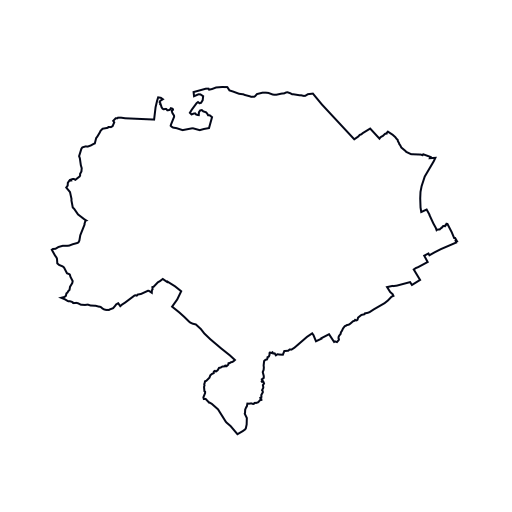 the district of Parjol, Bacau, Romania, rotated 261°
{"feature_id": "2599482B60535260634621", "entity_name": "Parjol", "entity_type": "district", "adm_level": 2, "iso_a3": "ROU", "parent_name": "Romania", "parent_adm1": "Bacau", "projection": "albers", "projection_center": [26.599, 46.592], "detail": "fine", "context": "isolated", "style": "outline", "palette": "ink", "viewbox_px": 512, "rotation_deg": 261, "n_neighbors": 0, "source": "geoboundaries", "source_scale": "gbopen_adm2", "svg_char_len": 6061}
<svg xmlns="http://www.w3.org/2000/svg" viewBox="0 0 512 512"><g transform="rotate(261 256 256)"><path d="M354.4,409.9L358.2,405.7L357.1,404.3L356.5,404.2L356.5,402.6L354.7,400.0L354.3,398.6L353.7,397.4L352.6,396.3L364.0,388.7L360.7,380.7L359.7,379.1L359.4,377.4L358.0,375.7L355.9,371.3L395.3,344.8L407.5,337.6L407.7,332.6L406.5,329.7L406.7,328.0L407.7,325.7L407.8,324.6L409.9,318.2L410.1,317.0L411.4,315.3L412.8,312.7L412.8,311.3L412.2,309.2L412.4,306.7L412.1,301.5L412.4,299.3L412.9,297.7L415.1,293.8L415.8,291.2L416.3,288.1L415.8,282.3L414.0,280.1L413.6,279.2L414.0,276.1L414.7,274.9L417.0,269.7L417.6,269.0L418.9,264.6L422.0,259.1L423.7,255.7L427.3,254.1L428.2,249.1L428.7,243.0L427.8,238.7L427.6,235.7L428.7,235.3L429.1,232.7L427.7,220.0L423.5,219.8L424.7,224.5L424.3,226.4L422.1,228.8L418.2,227.7L415.9,225.7L415.7,224.1L417.1,222.8L416.3,221.3L410.7,215.6L407.8,213.1L405.9,214.5L406.4,216.7L406.4,218.2L405.1,219.0L404.3,220.7L404.1,221.5L406.9,222.1L408.5,223.6L408.6,225.3L407.1,226.5L405.8,229.1L404.2,230.1L402.5,230.7L402.2,232.3L400.0,234.3L389.7,229.6L389.6,224.5L389.1,220.1L392.0,213.7L392.1,212.6L391.8,203.2L394.7,197.5L395.8,194.2L397.0,192.8L398.0,192.1L399.3,192.7L406.3,196.9L407.5,197.0L410.3,195.8L412.2,195.5L412.7,195.6L413.4,196.9L414.0,196.9L414.7,196.3L415.3,195.0L414.1,194.0L413.8,193.4L413.7,191.6L413.8,191.2L415.2,190.4L415.4,189.8L415.4,187.6L416.2,186.7L417.7,186.0L420.1,185.7L420.8,185.1L421.8,185.5L422.7,184.9L423.2,184.9L424.3,185.8L425.4,188.5L427.1,186.8L428.0,184.2L424.8,182.6L418.7,180.1L406.7,176.7L412.5,148.3L413.8,144.2L414.2,141.3L413.7,140.6L414.0,139.0L411.8,136.1L410.2,136.9L406.7,134.7L406.0,132.9L406.5,130.4L405.8,129.6L405.7,124.4L404.0,122.1L402.4,121.0L398.7,117.9L397.5,116.6L392.4,114.4L392.1,113.1L391.0,110.1L390.4,106.9L390.9,104.9L390.5,101.9L390.3,101.3L389.2,100.3L382.3,96.9L380.1,97.3L373.0,97.2L370.0,97.6L366.8,96.8L364.6,95.1L363.1,94.9L362.2,94.3L359.5,89.5L360.6,88.1L360.7,86.9L360.3,84.6L359.5,85.0L359.5,83.3L357.7,81.6L355.0,81.0L353.3,79.3L348.2,82.3L341.2,82.7L339.8,82.4L332.6,82.6L331.0,83.8L324.9,86.7L319.4,91.9L317.7,93.8L317.6,93.1L314.5,91.6L313.9,91.6L304.0,85.7L299.0,84.0L297.7,83.2L297.1,82.5L296.8,81.5L296.3,76.9L295.5,73.1L295.6,71.2L296.3,66.7L295.8,62.3L294.5,59.1L294.7,56.5L294.1,55.3L288.1,57.5L285.7,58.7L284.4,59.0L279.8,58.6L278.0,60.1L276.1,63.2L275.2,64.2L274.3,64.7L268.5,66.6L267.3,68.7L266.8,69.2L264.4,69.5L259.9,71.0L258.0,70.3L254.7,67.5L251.7,66.5L250.6,65.0L249.4,64.1L248.7,62.9L246.4,62.0L245.5,60.4L245.2,57.1L243.1,60.5L241.0,63.0L240.5,64.0L240.5,65.0L239.6,66.8L239.0,67.7L238.4,67.8L238.0,68.5L237.8,71.3L237.1,72.9L235.3,75.4L234.4,79.4L234.3,82.3L233.0,84.8L231.9,89.9L230.5,93.0L230.4,93.8L229.5,95.1L228.3,96.0L227.0,97.6L226.2,99.5L225.7,102.3L226.1,103.2L226.8,106.7L229.0,109.3L230.0,110.2L230.9,112.5L227.7,114.1L229.0,116.1L230.4,119.3L235.9,129.7L236.1,130.6L235.5,132.0L235.7,132.4L236.4,133.0L236.5,136.5L238.6,144.0L238.2,144.9L236.0,147.3L238.5,147.8L239.2,148.6L241.5,148.8L241.6,150.0L245.4,155.0L246.2,157.2L247.9,160.3L244.2,164.2L244.6,164.5L238.8,171.2L232.9,176.6L225.4,171.4L219.1,165.2L212.4,171.3L207.1,175.6L201.7,179.6L200.5,180.7L199.1,182.8L197.8,185.9L192.5,190.1L187.6,192.8L181.0,197.8L170.2,207.1L161.9,214.7L156.6,218.9L155.5,217.2L155.0,215.8L155.0,214.7L154.4,213.4L154.4,212.1L153.0,211.6L151.7,209.6L151.8,208.9L152.5,208.9L152.6,208.5L151.9,207.3L152.1,205.5L151.3,203.6L151.3,202.0L149.2,200.3L148.3,198.7L148.2,198.4L148.5,198.1L148.6,197.7L149.0,197.4L148.9,197.0L148.3,196.2L146.9,195.9L146.4,194.0L145.3,192.2L143.1,191.0L140.5,187.4L140.2,186.0L138.7,185.5L137.5,184.8L136.3,184.9L134.8,184.2L130.5,183.9L129.9,184.5L128.6,184.3L124.6,181.9L122.9,182.1L122.7,183.9L118.6,186.7L118.7,186.9L118.5,187.2L116.9,189.2L110.5,194.5L97.1,200.2L96.0,200.9L92.0,204.3L82.9,209.8L85.1,215.5L86.3,217.9L87.2,218.9L91.0,220.4L97.4,221.6L102.0,220.2L102.7,220.6L106.0,221.3L108.4,222.8L108.5,223.1L108.8,223.4L111.6,224.4L111.2,226.1L111.2,228.2L110.3,230.0L110.3,230.5L110.4,230.9L111.1,231.5L111.1,232.3L110.8,233.0L111.2,235.3L113.1,237.6L113.0,238.8L113.7,238.9L114.2,238.2L115.3,238.1L115.4,238.7L115.8,239.3L117.9,239.5L120.3,241.4L121.5,241.5L122.5,241.0L124.4,242.4L125.2,242.7L127.4,242.6L128.8,244.0L130.4,243.7L130.7,243.5L130.8,242.2L131.3,242.0L132.2,243.0L133.3,242.5L134.4,244.6L136.2,244.9L140.3,244.5L142.3,245.7L144.6,246.3L146.7,246.4L151.0,247.6L152.0,249.1L152.1,250.6L153.1,251.3L154.2,251.5L154.7,253.0L156.3,253.9L158.1,254.2L158.5,254.7L157.8,256.1L158.3,257.2L157.0,257.7L156.9,259.2L154.8,260.1L155.6,261.8L154.9,264.1L154.3,267.1L157.7,269.1L157.4,273.0L158.4,274.6L158.0,276.4L159.4,279.6L168.2,293.8L170.8,299.4L168.8,300.4L162.4,301.9L164.1,307.7L164.6,307.7L167.3,315.9L158.9,319.7L159.3,320.6L158.3,322.5L160.1,324.6L160.8,324.9L162.0,324.6L163.3,325.0L164.4,325.8L165.8,327.4L167.3,327.9L168.7,329.2L170.8,330.6L172.8,332.7L173.1,334.1L173.5,334.6L173.7,337.0L174.4,338.5L176.4,341.7L176.6,343.1L177.4,343.9L176.7,344.8L176.8,345.6L177.2,346.3L179.2,347.2L181.3,350.9L181.5,354.0L182.3,354.6L182.4,357.5L182.8,359.4L184.9,364.1L189.3,375.6L191.4,379.3L194.6,383.5L195.1,385.5L196.9,385.0L199.4,382.9L204.8,380.6L205.1,386.1L204.8,386.9L204.7,390.5L206.1,404.1L203.0,405.5L206.7,414.3L218.0,409.7L219.1,412.0L219.6,414.3L223.2,424.6L230.0,422.2L231.5,426.7L229.6,427.4L231.7,433.0L233.9,439.8L238.0,455.9L239.6,455.6L239.4,456.7L242.6,455.5L242.8,454.5L249.0,453.0L257.7,450.1L258.0,449.3L257.3,449.0L257.3,448.4L256.5,448.1L256.4,447.5L255.9,447.3L256.3,446.1L256.2,445.3L255.2,444.5L255.1,443.8L254.6,443.5L254.4,442.8L253.5,441.6L253.7,439.1L253.3,438.4L255.6,438.0L260.3,436.3L269.4,433.7L269.7,433.8L275.2,431.8L273.6,426.1L278.2,426.1L287.2,427.2L293.6,428.5L299.1,430.5L308.1,435.1L321.8,446.4L324.9,448.5L325.4,443.1L326.5,443.9L330.3,437.1L329.5,436.3L330.4,434.6L332.3,425.1L335.3,420.7L336.4,420.0L340.4,416.5L342.7,415.8L344.2,415.0L344.9,415.0L347.3,414.1L348.5,414.1L350.0,413.0L351.6,412.2L354.4,409.9Z" fill="none" stroke="#020617" stroke-width="2"/></g></svg>